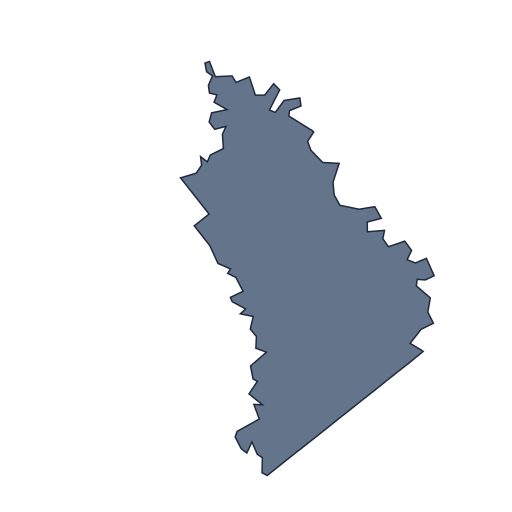 Little River, Arkansas, United States of America, rotated 230°
{"feature_id": "52423323B59609067329323", "entity_name": "Little River", "entity_type": "district", "adm_level": 2, "iso_a3": "USA", "parent_name": "United States of America", "parent_adm1": "Arkansas", "projection": "orthographic", "projection_center": [-94.204, 33.739], "detail": "fine", "context": "isolated", "style": "filled", "palette": "slate", "viewbox_px": 512, "rotation_deg": 230, "n_neighbors": 0, "source": "geoboundaries", "source_scale": "gbopen_adm2", "svg_char_len": 1632}
<svg xmlns="http://www.w3.org/2000/svg" viewBox="0 0 512 512"><g transform="rotate(230 256 256)"><path d="M317.6,379.1L342.1,371.1L345.8,375.1L342.0,386.9L348.9,391.2L357.1,377.5L353.6,363.1L359.2,360.1L368.0,380.9L376.6,380.3L373.7,366.0L379.6,358.9L397.4,366.0L401.8,352.3L409.3,353.4L419.5,340.1L434.9,345.4L436.6,340.9L428.9,336.6L421.9,338.4L417.3,329.2L410.7,325.1L404.5,329.6L400.8,322.7L386.8,327.9L394.2,314.0L388.7,306.2L379.6,305.8L374.6,316.3L370.8,308.5L359.3,300.1L362.7,285.9L359.4,279.2L367.7,277.4L360.5,272.7L357.9,263.4L364.4,248.4L363.6,248.4L318.3,247.0L318.8,228.1L293.8,227.3L274.7,222.1L262.5,228.1L260.9,223.1L252.6,226.8L237.3,223.4L240.8,209.8L236.3,208.4L222.1,214.0L221.8,206.8L211.4,215.0L203.7,204.6L194.1,204.6L185.4,196.6L175.6,202.2L175.3,181.1L163.7,174.7L159.1,176.5L154.9,162.0L137.8,165.3L143.7,159.0L129.0,153.7L133.8,128.8L130.7,123.7L118.0,120.8L111.0,122.3L116.1,133.3L103.2,129.5L97.4,131.2L86.1,121.3L80.6,123.5L80.6,125.6L79.7,162.6L79.6,162.8L79.0,182.4L78.6,196.3L78.2,214.2L78.2,214.4L78.1,219.0L77.9,223.4L77.4,244.9L77.3,246.6L77.3,248.5L77.2,248.6L76.6,270.9L76.6,274.4L76.2,287.4L76.2,289.8L75.6,305.9L75.6,312.5L75.4,322.7L77.9,322.1L90.0,317.9L93.7,335.3L90.5,348.7L102.5,351.5L111.9,362.6L130.0,359.6L134.5,364.4L128.8,370.4L126.4,379.8L144.7,385.0L148.2,373.6L156.0,369.4L160.3,378.8L171.8,379.5L178.0,363.4L187.7,364.3L193.0,370.9L203.0,356.9L210.5,363.1L204.3,376.2L217.4,378.7L225.6,365.0L240.9,352.9L252.5,355.1L263.0,362.4L273.5,379.2L284.8,367.2L301.6,366.0L310.6,369.2L313.9,379.9L316.2,379.7L317.6,379.1Z" fill="#64748b" stroke="#1e293b" stroke-width="1.5"/></g></svg>